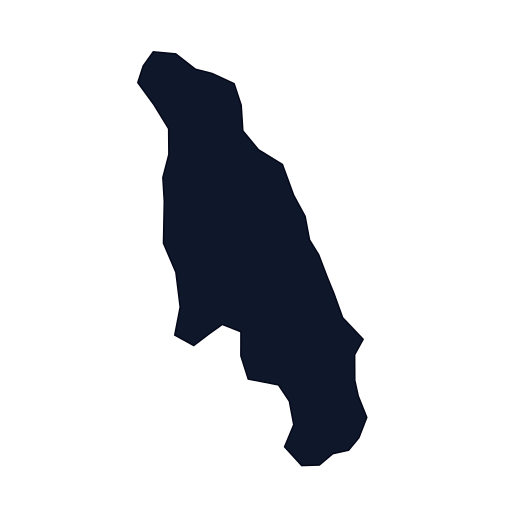 the district of Templos, Cyprus, rotated 173°
{"feature_id": "46923920B79471002373027", "entity_name": "Templos", "entity_type": "district", "adm_level": 2, "iso_a3": "CYP", "parent_name": "Cyprus", "parent_adm1": "", "projection": "equal_earth", "projection_center": [33.291, 35.33], "detail": "fine", "context": "isolated", "style": "filled", "palette": "ink", "viewbox_px": 512, "rotation_deg": 173, "n_neighbors": 0, "source": "geoboundaries", "source_scale": "gbopen_adm2", "svg_char_len": 763}
<svg xmlns="http://www.w3.org/2000/svg" viewBox="0 0 512 512"><g transform="rotate(173 256 256)"><path d="M159.8,160.3L177.5,184.2L183.3,209.7L187.7,225.7L193.6,249.6L200.9,265.5L202.4,289.4L211.2,311.7L218.6,343.6L240.6,361.2L253.8,381.9L252.3,407.4L256.7,429.7L277.3,442.5L293.4,448.8L311.0,466.4L333.1,471.2L344.8,458.4L352.2,442.5L338.9,418.6L327.2,393.0L330.1,367.5L338.9,345.2L340.4,321.3L346.3,279.9L337.5,249.6L337.5,214.5L346.3,187.4L328.7,174.7L312.5,184.2L297.8,192.2L283.6,184.5L280.2,182.6L282.0,168.2L283.2,158.7L278.7,134.8L249.4,125.3L240.6,107.8L239.1,83.9L250.9,63.1L236.2,42.4L218.6,40.8L203.9,50.4L187.7,52.0L176.0,63.1L165.7,82.3L171.6,104.6L173.1,120.5L170.1,146.0L159.8,160.3Z" fill="#0f172a" stroke="#020617" stroke-width="1.5"/></g></svg>